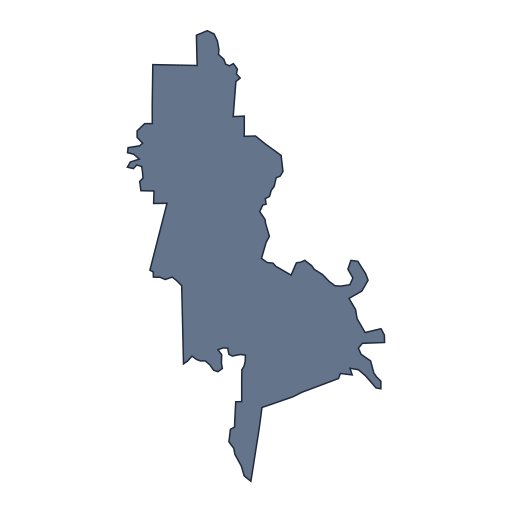 Viadutos, Rio Grande do Sul, Brazil (Equal Earth projection)
{"feature_id": "56859067B3456696315271", "entity_name": "Viadutos", "entity_type": "district", "adm_level": 2, "iso_a3": "BRA", "parent_name": "Brazil", "parent_adm1": "Rio Grande do Sul", "projection": "equal_earth", "projection_center": [-51.984, -27.576], "detail": "fine", "context": "isolated", "style": "filled", "palette": "slate", "viewbox_px": 512, "rotation_deg": 0, "n_neighbors": 0, "source": "geoboundaries", "source_scale": "gbopen_adm2", "svg_char_len": 1975}
<svg xmlns="http://www.w3.org/2000/svg" viewBox="0 0 512 512"><path d="M228.9,441.8L233.8,448.4L234.9,454.4L241.2,465.8L244.2,475.9L250.9,481.3L259.3,427.8L262.0,407.5L292.9,396.8L301.8,392.3L338.5,378.5L340.4,373.5L352.2,374.9L350.0,368.3L358.4,369.7L365.5,375.8L376.0,387.9L380.9,388.8L380.9,381.2L376.5,376.8L373.8,372.9L370.6,360.9L361.1,354.3L358.4,348.1L362.4,343.3L384.6,342.5L384.4,335.1L381.0,328.7L365.1,332.5L357.1,318.7L355.6,309.6L349.0,298.4L361.9,291.0L368.1,280.2L365.7,273.8L357.8,261.3L350.9,260.4L347.9,269.2L352.9,278.0L349.8,284.7L340.8,286.1L335.1,285.8L329.2,281.5L322.4,274.4L314.4,269.5L311.6,265.6L304.7,260.3L301.1,262.1L296.4,262.8L291.1,275.1L275.8,266.3L272.9,263.1L267.4,262.6L261.5,258.4L266.1,242.5L269.4,236.3L265.7,223.8L265.0,219.4L259.7,211.6L262.8,205.0L266.1,204.2L265.3,198.6L269.6,196.3L271.2,190.5L274.2,186.3L276.2,177.7L280.1,176.2L283.0,171.5L281.1,155.4L265.2,143.9L255.5,136.0L244.2,136.3L244.3,128.6L244.3,116.1L233.2,116.6L235.9,81.5L240.2,78.1L236.4,73.9L237.4,69.1L233.4,63.6L229.4,65.8L225.6,64.1L223.8,59.2L218.5,54.5L218.9,49.5L217.4,41.0L214.1,34.0L207.3,30.7L196.4,35.2L197.1,65.5L188.8,65.3L152.8,64.6L152.2,105.9L152.3,123.6L144.7,123.6L137.1,130.9L137.1,137.4L142.6,143.2L139.7,145.8L128.1,147.6L127.5,152.7L133.7,154.2L139.3,159.1L130.3,162.0L127.4,167.2L133.4,168.6L136.7,165.0L141.7,166.5L142.4,171.1L143.0,178.2L139.7,181.4L140.9,190.7L154.0,191.0L153.6,203.5L167.0,203.3L149.9,270.2L153.2,271.9L153.4,277.1L160.1,277.3L165.2,279.5L172.2,277.1L176.5,280.5L181.7,285.7L183.5,363.9L187.5,361.1L192.0,356.1L196.4,359.4L200.4,360.9L205.2,360.9L209.8,364.8L213.6,370.2L217.9,371.7L222.4,368.5L221.4,363.1L221.7,354.7L218.0,349.7L223.1,347.9L227.7,348.1L228.9,354.3L232.4,356.1L235.8,355.3L240.7,354.5L245.4,355.2L245.2,361.4L244.1,366.0L241.9,369.7L241.7,378.1L241.7,393.8L241.7,401.6L235.7,401.8L234.7,422.2L234.6,427.1L230.4,429.3L229.6,436.1L228.9,441.8Z" fill="#64748b" stroke="#1e293b" stroke-width="1.5"/></svg>